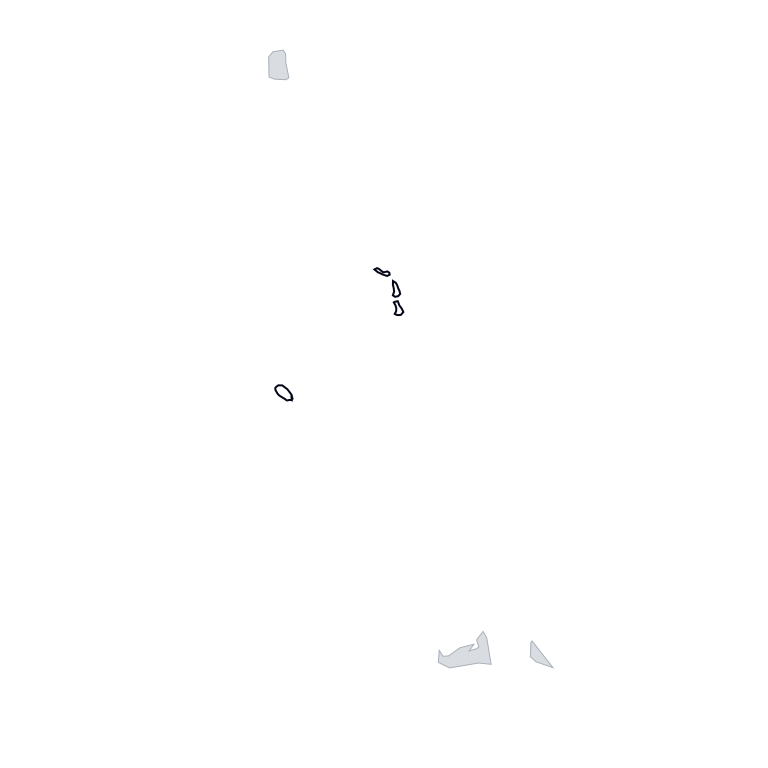 Tonga, with Ha'apai highlighted, rotated 320°
{"feature_id": "TON-4948", "entity_name": "Ha'apai", "entity_type": "state/province", "adm_level": 1, "iso_a3": "TON", "parent_name": "Tonga", "parent_adm1": "", "projection": "natural_earth1", "projection_center": [-174.543, -19.707], "detail": "fine", "context": "in_parent", "style": "outline", "palette": "ink", "viewbox_px": 768, "rotation_deg": 320, "n_neighbors": 0, "source": "natural_earth", "source_scale": "10m", "svg_char_len": 1327}
<svg xmlns="http://www.w3.org/2000/svg" viewBox="0 0 768 768"><g transform="rotate(320 384 384)"><path d="M284.8,646.3L287.5,646.4L290.5,639.6L300.8,637.2L299.6,644.4L285.9,667.6L277.2,658.6L251.8,643.7L246.7,632.2L255.1,623.5L254.2,630.5L258.5,633.7L272.7,634.9L285.6,641.2L277.6,643.2L284.8,646.3ZM515.3,74.8L508.0,88.2L504.6,88.0L496.2,80.2L493.2,75.0L505.9,59.3L512.5,58.1L521.3,63.4L520.9,67.8L515.3,74.8ZM332.2,676.0L331.1,709.9L321.8,694.3L320.8,687.1L330.2,676.6L332.2,676.0Z" fill="#d9dde1" stroke="#a8b0b8" stroke-width="1"/><path d="M302.2,317.1L305.2,319.7L306.6,325.9L306.3,332.7L304.1,337.2L304.1,335.5L302.9,337.2L301.9,335.9L300.9,335.2L298.7,334.1L298.9,334.1L298.7,333.5L298.7,332.6L296.4,325.6L296.2,323.3L296.9,319.0L298.1,317.2L299.8,316.9L302.2,317.1ZM437.3,337.2L439.9,336.2L441.9,334.2L443.3,331.3L444.0,327.8L445.0,328.0L447.1,329.0L447.8,329.5L446.3,333.5L446.0,337.9L445.1,341.3L441.4,341.9L440.0,341.0L438.8,340.0L437.9,338.8L437.3,337.2ZM447.8,321.8L451.2,319.7L453.1,316.7L454.7,313.6L457.1,310.9L458.1,314.2L457.5,317.1L456.4,319.8L455.7,322.6L454.3,325.4L451.3,325.8L448.5,324.3L447.8,321.8ZM456.4,298.7L458.9,299.9L459.6,302.2L458.6,303.9L455.8,303.2L453.7,299.8L451.1,294.3L450.3,290.1L453.2,290.8L454.1,292.7L455.1,297.7L456.4,298.7Z" fill="none" stroke="#020617" stroke-width="2"/></g></svg>